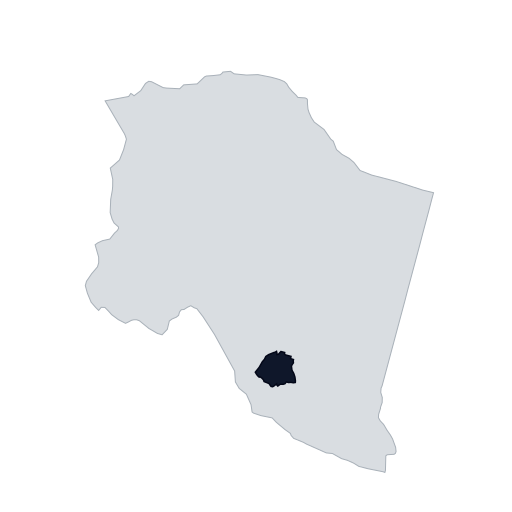 Kyenjojo on a map of Uganda (Albers equal-area conic projection), rotated 285°
{"feature_id": "UGA-3107", "entity_name": "Kyenjojo", "entity_type": "District", "adm_level": 1, "iso_a3": "UGA", "parent_name": "Uganda", "parent_adm1": "", "projection": "albers", "projection_center": [30.656, 0.613], "detail": "fine", "context": "in_parent", "style": "filled", "palette": "ink", "viewbox_px": 512, "rotation_deg": 285, "n_neighbors": 0, "source": "natural_earth", "source_scale": "10m", "svg_char_len": 3019}
<svg xmlns="http://www.w3.org/2000/svg" viewBox="0 0 512 512"><g transform="rotate(285 256 256)"><path d="M363.1,411.1L355.9,411.1L344.3,411.2L332.7,411.2L321.1,411.2L309.5,411.3L297.8,411.3L286.2,411.3L274.6,411.3L263.0,411.3L251.4,411.4L239.8,411.4L228.1,411.4L216.5,411.4L204.9,411.4L193.3,411.4L181.7,411.4L170.1,411.4L163.2,411.4L161.8,411.2L160.9,411.0L156.5,411.8L152.0,414.6L147.1,415.8L142.0,415.4L141.3,415.7L138.7,415.6L134.9,415.4L131.5,416.1L128.9,418.7L126.3,422.9L121.5,427.8L117.8,432.2L114.6,435.3L107.3,440.4L103.4,441.9L101.4,441.7L100.2,440.7L98.0,434.2L96.6,433.1L82.5,436.5L80.3,436.5L80.5,434.5L79.5,419.2L79.4,409.8L81.2,403.9L82.3,397.1L82.4,391.1L85.0,381.0L84.0,374.9L87.4,353.4L88.3,350.0L89.6,339.6L91.7,336.4L93.5,335.2L95.9,328.8L100.6,318.7L103.8,313.5L103.1,302.1L103.6,294.3L104.3,292.6L111.1,289.7L120.0,282.5L123.7,274.1L129.0,268.7L139.2,265.2L139.3,265.2L169.5,236.2L183.6,220.6L189.8,212.5L190.0,209.7L191.1,205.9L188.7,203.0L185.7,200.3L184.8,197.8L182.2,196.6L178.6,196.6L176.2,194.8L173.5,191.3L170.8,189.1L162.2,189.3L155.6,185.7L155.7,180.8L158.3,171.2L163.3,160.1L163.5,157.1L162.8,154.5L161.6,152.3L159.4,150.0L157.2,147.4L158.9,139.5L162.0,131.7L164.6,127.8L167.2,123.4L166.4,119.8L162.7,118.1L164.7,114.6L168.7,108.7L176.4,102.8L183.2,98.8L187.7,98.8L196.5,101.9L204.5,105.7L208.9,105.8L214.2,104.3L225.2,97.7L227.8,99.8L231.1,103.8L234.5,110.4L241.5,113.4L244.8,115.5L247.2,116.1L248.5,115.6L251.1,110.4L254.3,107.5L260.2,103.9L273.1,101.0L282.4,100.2L286.3,99.5L292.9,97.8L303.2,92.5L313.4,99.3L324.5,100.6L335.3,100.6L338.5,98.5L340.4,96.9L351.6,85.5L366.8,70.1L377.1,91.7L380.6,93.0L380.1,94.8L379.2,96.7L385.9,101.9L394.1,104.6L397.0,107.2L397.3,110.1L394.6,122.8L395.1,126.4L397.8,139.0L402.6,141.9L407.0,154.6L415.8,160.0L417.0,161.5L419.1,167.7L421.8,174.5L423.9,176.0L425.1,176.4L427.8,183.6L426.3,187.7L428.3,199.9L431.7,210.9L432.6,224.0L432.6,229.7L432.5,233.3L431.8,238.2L430.3,241.1L427.5,243.9L424.4,248.3L421.7,253.1L420.0,255.4L421.4,262.5L421.1,264.3L420.3,265.2L416.4,266.3L411.3,268.2L408.3,270.1L403.9,273.7L400.4,277.6L395.8,289.0L388.2,298.0L386.9,300.9L379.6,306.2L376.4,312.8L374.4,320.8L371.6,326.5L365.5,334.4L364.1,346.9L364.3,371.7L362.8,400.0L363.1,411.1Z" fill="#d9dde1" stroke="#a8b0b8" stroke-width="1"/><path d="M137.8,309.0L135.0,306.9L134.0,305.9L133.9,304.3L135.0,302.9L136.0,302.0L136.4,300.0L136.8,296.3L138.3,295.3L139.5,293.4L140.4,291.2L140.0,290.9L139.8,290.4L140.8,288.5L142.1,286.9L143.6,285.4L149.3,287.9L155.5,289.5L158.4,290.9L161.5,291.5L164.0,293.7L167.3,298.1L168.1,299.5L169.2,300.5L167.5,301.4L166.2,301.7L166.9,303.1L169.1,304.2L170.2,304.8L170.2,308.7L168.7,308.9L168.1,309.8L168.1,315.8L165.8,315.9L165.7,319.0L164.3,319.1L162.5,319.8L160.9,319.2L159.0,318.7L157.2,319.4L155.0,320.3L152.4,322.8L149.2,324.9L145.6,326.4L144.0,326.7L143.2,324.9L143.0,322.5L142.2,320.1L142.2,317.9L140.1,317.0L139.1,315.4L138.4,312.6L136.0,310.7L136.9,309.3L137.8,309.0Z" fill="#0f172a" stroke="#020617" stroke-width="1.5"/></g></svg>